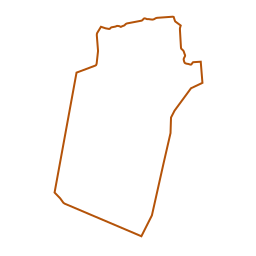 SVG path tracing the border of Barh El Gazel, rotated 177°
{"feature_id": "TCD-5581", "entity_name": "Barh El Gazel", "entity_type": "Prefecture", "adm_level": 1, "iso_a3": "TCD", "parent_name": "Chad", "parent_adm1": "", "projection": "mercator", "projection_center": [16.439, 14.695], "detail": "fine", "context": "isolated", "style": "outline", "palette": "amber", "viewbox_px": 256, "rotation_deg": 177, "n_neighbors": 0, "source": "natural_earth", "source_scale": "10m", "svg_char_len": 1379}
<svg xmlns="http://www.w3.org/2000/svg" viewBox="0 0 256 256"><g transform="rotate(177 128 128)"><path d="M70.0,227.6L70.9,225.0L71.0,223.5L70.9,205.7L70.8,204.8L70.5,204.2L69.1,202.8L68.5,202.0L68.4,201.7L68.1,200.8L67.9,199.9L67.2,197.7L67.2,197.2L67.3,196.8L68.5,194.7L68.8,193.9L68.8,193.5L68.6,192.0L68.3,191.0L68.0,190.2L67.7,189.9L67.3,189.6L65.9,189.1L64.4,188.8L63.1,188.3L62.4,188.1L62.0,188.0L61.6,188.1L61.4,188.2L59.9,190.0L59.7,190.2L59.3,190.3L51.9,190.4L51.3,169.2L63.0,164.4L80.6,142.9L84.5,136.2L85.8,120.7L94.3,91.0L108.7,39.5L120.3,19.2L195.1,55.7L195.9,56.3L196.5,56.8L199.4,61.3L204.7,67.4L176.5,186.0L157.2,192.1L156.5,192.6L156.2,193.3L155.9,194.2L153.9,206.4L153.9,207.0L154.3,222.1L154.2,223.4L153.8,224.5L149.7,230.5L145.1,228.7L141.7,227.9L141.1,228.0L140.9,228.1L140.0,229.0L139.6,229.2L139.2,229.4L135.5,229.9L134.8,230.1L133.7,230.5L133.1,230.5L131.6,230.2L131.0,230.0L130.1,229.4L129.7,229.4L129.2,229.6L128.6,229.9L127.3,230.3L126.7,230.5L126.2,230.7L125.2,231.6L124.7,232.0L124.1,232.3L123.4,232.5L108.7,234.5L108.1,234.9L107.6,235.3L106.9,236.0L106.6,236.3L106.0,236.6L105.6,236.6L105.2,236.5L104.5,236.3L103.6,235.8L102.8,235.7L101.3,235.6L100.5,235.4L98.2,235.0L97.5,235.0L97.1,235.1L96.0,235.4L94.8,236.1L93.8,236.4L93.2,236.5L77.4,236.8L76.6,236.5L75.5,232.5L75.2,231.9L70.0,227.6Z" fill="none" stroke="#b45309" stroke-width="2"/></g></svg>